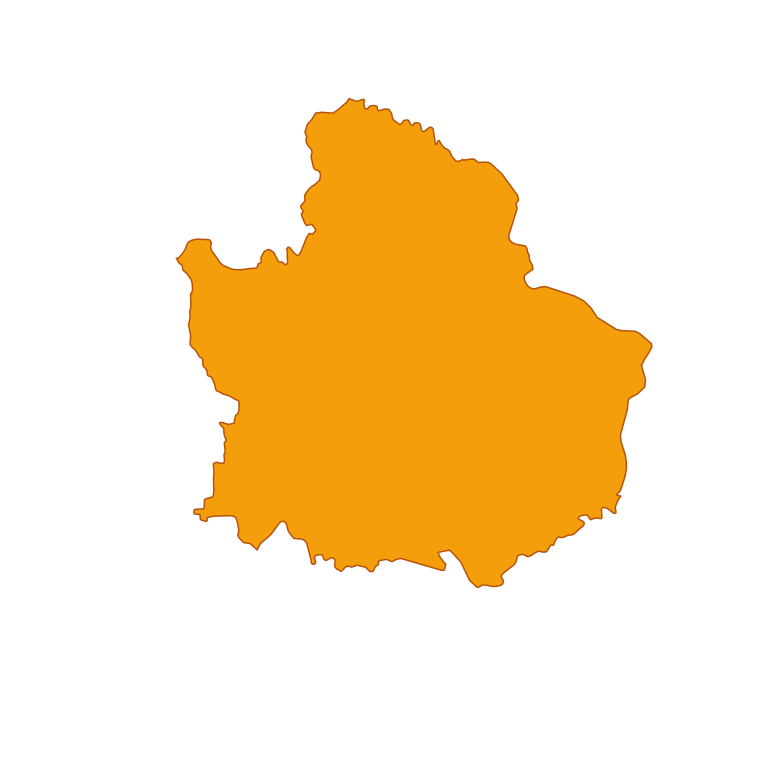 an SVG outline of Kharkiv, rotated 49°
{"feature_id": "UKR-328", "entity_name": "Kharkiv", "entity_type": "Region", "adm_level": 1, "iso_a3": "UKR", "parent_name": "Ukraine", "parent_adm1": "", "projection": "albers", "projection_center": [36.315, 49.479], "detail": "fine", "context": "isolated", "style": "filled", "palette": "amber", "viewbox_px": 768, "rotation_deg": 49, "n_neighbors": 0, "source": "natural_earth", "source_scale": "10m", "svg_char_len": 6170}
<svg xmlns="http://www.w3.org/2000/svg" viewBox="0 0 768 768"><g transform="rotate(49 384 384)"><path d="M528.7,155.7L531.7,157.3L534.1,163.5L536.3,171.2L538.9,177.5L552.4,183.9L557.2,189.0L557.8,199.0L555.9,207.2L556.2,209.8L557.3,211.4L562.7,216.8L577.8,239.3L583.4,243.1L595.7,248.4L601.7,252.2L607.1,256.8L611.9,262.7L617.1,271.3L619.7,276.1L619.9,279.8L620.6,281.2L624.0,278.9L624.8,282.5L627.8,289.0L629.3,290.8L633.0,293.1L633.3,293.7L633.2,294.5L631.7,295.7L627.5,296.3L624.4,297.2L621.8,298.7L621.0,299.7L620.6,300.9L621.3,302.2L627.8,307.1L628.1,308.5L624.3,311.7L623.4,313.2L622.1,316.9L621.0,317.2L616.5,316.5L614.3,318.8L612.2,322.7L612.1,323.8L612.6,325.0L613.2,325.6L613.9,325.7L618.9,323.7L620.4,324.2L621.3,325.3L621.7,327.0L621.6,333.6L621.9,339.4L620.8,341.8L619.0,344.1L617.2,349.5L616.5,350.7L613.9,352.7L613.6,353.8L614.9,358.5L616.6,361.0L616.5,362.4L615.1,363.5L615.1,364.7L617.0,370.2L616.9,372.1L615.4,374.1L611.6,377.1L611.2,378.0L610.4,381.6L610.0,385.5L609.0,387.9L608.2,389.1L603.7,390.9L601.9,393.9L601.4,395.7L601.9,397.0L604.5,400.4L605.5,403.4L605.7,405.1L605.1,417.2L605.3,420.1L605.8,421.8L610.2,422.8L611.7,423.7L612.8,425.7L612.3,428.7L610.1,432.4L608.1,434.9L604.0,437.9L600.3,441.4L599.5,445.6L598.3,447.2L588.5,448.2L568.4,442.8L553.4,443.3L552.5,443.8L551.6,444.8L546.8,453.2L547.0,453.8L550.3,455.1L556.2,455.7L560.4,455.6L561.5,456.7L563.6,459.9L563.9,460.5L563.5,461.6L562.2,462.9L527.0,485.5L526.3,486.3L524.4,489.8L523.7,493.4L523.2,494.4L522.4,495.2L518.6,496.8L517.8,497.5L514.4,503.1L514.4,504.7L516.6,506.9L516.2,510.6L517.9,514.1L518.1,515.8L516.6,517.3L514.8,517.9L510.5,518.0L503.5,522.9L502.9,523.6L500.9,528.7L498.1,530.2L497.3,531.6L496.9,533.8L497.4,538.7L496.8,539.5L492.2,541.1L490.0,541.0L488.5,540.3L485.4,536.7L482.8,536.3L482.0,536.5L480.6,537.9L480.0,539.6L479.4,542.9L478.8,543.7L478.0,544.2L476.4,544.2L472.8,542.9L471.9,543.3L470.9,544.1L469.1,546.9L468.7,548.6L469.0,549.9L469.8,550.7L473.2,552.2L474.3,553.3L474.2,555.1L472.8,556.3L471.3,556.2L468.9,554.5L453.7,546.9L451.8,546.5L449.3,546.8L447.1,547.8L441.5,553.2L440.7,553.4L433.3,552.9L431.3,552.4L426.6,549.9L424.6,549.4L422.0,549.7L420.6,551.3L420.2,552.3L420.3,554.2L423.3,567.3L423.5,573.6L423.3,580.1L423.6,582.8L426.0,588.5L416.8,589.7L413.9,591.8L412.6,593.3L411.1,594.0L405.4,594.4L402.4,593.7L400.1,590.5L397.6,588.5L390.6,584.6L388.0,583.6L385.8,583.9L383.2,585.7L371.8,599.5L369.0,604.8L369.1,605.5L371.0,607.0L371.1,607.8L370.6,608.8L366.5,611.3L365.4,611.3L363.6,609.7L361.9,608.8L361.1,609.1L357.8,612.3L357.0,612.3L354.7,610.3L354.4,609.7L354.6,608.9L359.9,602.0L359.4,600.9L353.6,595.4L353.7,593.7L356.5,588.2L356.5,586.7L354.2,583.6L342.9,574.2L339.1,570.2L332.4,565.3L332.4,563.6L333.1,561.9L336.8,559.1L338.4,557.1L338.2,556.1L337.3,554.8L332.1,550.9L331.2,548.8L330.3,547.8L324.0,543.5L323.4,542.3L323.4,541.3L322.9,540.0L317.4,537.9L312.4,534.2L306.4,534.2L305.6,533.8L305.4,533.2L305.8,532.5L307.5,530.9L312.2,528.1L314.5,524.5L315.1,523.0L310.6,516.9L310.4,516.1L310.5,514.2L309.9,512.6L308.5,510.6L304.2,506.6L302.2,505.2L300.8,504.7L298.9,506.0L291.4,508.6L285.5,512.3L283.2,512.9L279.4,514.7L277.7,514.6L272.9,511.9L266.3,509.9L265.1,509.9L262.8,511.2L261.3,511.3L258.7,509.4L256.6,508.5L251.9,508.6L250.1,507.8L246.7,504.7L245.7,504.4L242.6,505.4L234.6,504.1L230.6,504.7L227.3,504.5L226.4,504.1L220.8,498.3L211.6,493.0L206.1,486.2L201.8,483.2L199.7,479.7L189.6,471.3L189.1,470.7L188.5,468.3L186.5,466.0L182.1,462.7L178.6,461.1L171.7,460.3L167.2,460.9L165.6,460.7L162.0,458.5L158.4,459.3L153.1,458.3L153.8,456.7L154.0,455.0L153.1,449.5L151.8,445.5L148.9,440.0L148.6,438.2L149.4,434.7L151.8,430.3L160.0,421.7L161.4,421.0L163.9,421.5L165.8,423.9L167.6,425.5L170.2,426.6L185.5,428.1L188.8,427.6L197.2,423.6L199.7,421.7L204.4,416.4L208.6,409.8L212.6,404.6L212.5,402.6L210.9,400.1L211.0,399.0L211.5,397.8L211.3,396.3L208.1,394.3L206.0,389.4L205.5,387.9L205.6,386.4L206.5,383.3L207.6,382.2L212.3,380.9L222.9,383.4L225.0,380.9L229.1,380.3L229.8,378.8L229.2,377.3L227.5,375.7L224.3,373.6L221.6,370.8L218.6,369.1L218.0,368.3L217.8,366.7L219.0,365.7L226.3,365.9L229.5,365.3L230.9,364.5L230.5,362.6L229.3,359.3L222.5,346.0L221.6,342.9L221.6,341.3L223.9,339.7L223.6,335.7L223.3,334.9L221.5,334.0L216.7,333.8L215.4,334.6L214.3,337.3L213.3,338.5L210.5,338.2L202.0,335.3L201.5,334.6L201.1,332.4L200.6,331.7L196.3,330.9L194.8,329.6L194.1,324.0L193.5,323.1L189.8,320.4L188.7,317.7L187.6,312.7L187.6,309.1L188.2,302.4L187.8,299.0L186.6,297.0L184.1,294.4L181.3,293.4L179.7,293.8L177.0,295.3L174.3,295.1L164.8,290.1L162.0,286.4L159.9,285.0L153.6,284.9L150.7,284.2L148.7,282.7L146.7,280.3L142.2,278.5L137.9,271.8L137.1,265.3L134.7,257.9L138.0,252.8L146.0,244.9L146.8,239.7L146.9,226.5L145.6,223.3L152.2,219.5L153.2,218.4L155.3,213.1L156.7,212.5L158.6,214.7L160.6,216.3L163.6,217.7L164.4,217.4L165.3,215.9L165.4,215.0L165.1,213.5L165.1,212.4L165.6,211.0L167.8,208.4L169.1,207.5L170.2,207.2L172.4,208.7L173.5,209.1L174.2,208.8L176.7,203.5L178.5,201.4L179.6,200.6L180.8,200.2L184.7,200.8L188.6,203.0L191.5,203.5L198.2,202.0L198.7,201.4L199.0,199.8L198.2,196.7L198.3,195.8L199.9,193.3L201.3,192.5L205.8,193.7L207.4,193.1L207.8,192.0L207.1,190.8L207.0,189.9L207.4,188.8L209.3,187.0L210.6,186.3L212.5,186.6L217.2,189.2L219.1,189.1L219.9,187.6L220.1,181.9L220.4,180.5L221.9,179.6L223.8,179.8L225.4,180.6L235.7,187.2L237.0,187.7L237.7,187.4L237.8,186.9L236.1,184.2L236.1,183.2L236.8,182.6L241.7,183.7L246.1,183.3L248.6,182.2L251.3,181.7L256.1,183.2L259.0,183.6L262.8,183.3L263.8,182.8L264.9,181.6L265.6,179.8L266.1,177.5L266.8,177.3L268.9,174.8L270.6,171.7L273.1,168.6L278.7,167.4L283.5,161.4L285.6,159.7L288.4,158.8L302.8,157.2L329.3,159.5L333.4,161.7L334.6,166.2L338.9,168.4L354.1,192.9L357.6,194.7L361.2,194.5L364.9,192.9L372.3,186.9L374.1,186.9L375.6,187.3L378.8,189.2L382.1,190.0L386.3,193.0L391.2,194.0L394.9,196.2L395.3,196.8L394.9,197.7L394.2,205.4L394.7,207.5L397.0,209.4L400.3,210.6L403.9,211.2L407.3,210.7L410.2,208.9L411.5,206.9L413.9,201.7L415.4,199.6L417.3,197.7L442.6,182.5L452.5,178.7L462.6,177.9L473.5,179.5L495.6,172.7L500.1,169.2L508.9,159.9L513.4,158.0L528.7,155.7Z" fill="#f59e0b" stroke="#b45309" stroke-width="1.5"/></g></svg>